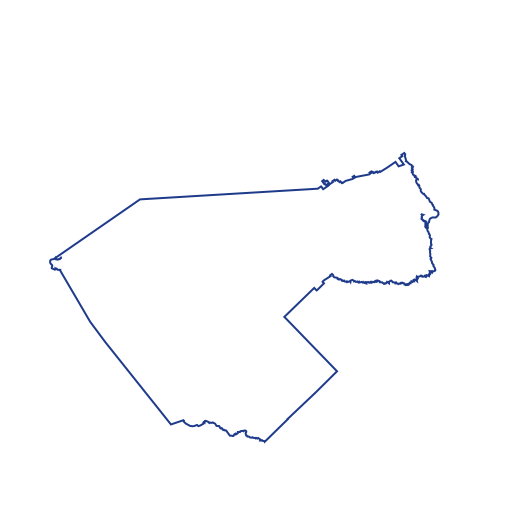 the district of Waratah-Wynyard, Tasmania, Australia, rotated 46°
{"feature_id": "25037944B19706345556765", "entity_name": "Waratah-Wynyard", "entity_type": "district", "adm_level": 2, "iso_a3": "AUS", "parent_name": "Australia", "parent_adm1": "Tasmania", "projection": "natural_earth1", "projection_center": [145.692, -41.307], "detail": "fine", "context": "isolated", "style": "outline", "palette": "blue", "viewbox_px": 512, "rotation_deg": 46, "n_neighbors": 0, "source": "geoboundaries", "source_scale": "gbopen_adm2", "svg_char_len": 6087}
<svg xmlns="http://www.w3.org/2000/svg" viewBox="0 0 512 512"><g transform="rotate(46 256 256)"><path d="M389.4,145.3L389.6,143.6L390.0,143.2L389.6,142.4L389.1,142.1L389.3,142.8L388.9,143.0L388.5,142.1L387.5,141.6L389.0,140.5L390.1,140.6L389.9,140.2L389.4,140.2L389.2,139.8L390.4,139.0L390.8,137.8L390.6,137.4L390.9,137.1L390.7,136.7L388.5,135.6L386.7,135.4L386.0,135.0L385.8,134.5L383.5,134.3L382.4,133.5L379.4,132.5L379.2,131.2L377.2,131.0L375.9,129.4L374.1,128.2L373.4,127.2L371.6,126.4L371.4,125.6L371.9,124.8L371.1,125.0L370.4,124.3L370.1,122.2L369.4,121.7L368.9,121.8L368.6,121.3L367.6,120.6L366.0,118.7L365.7,118.0L364.5,118.3L363.1,118.0L361.9,116.5L360.4,116.0L360.1,116.2L358.7,115.3L357.0,115.1L355.2,113.8L354.2,114.1L352.5,113.9L352.1,113.6L351.9,112.8L350.6,112.0L349.8,110.8L348.7,110.7L348.9,110.2L347.4,110.7L347.2,111.2L344.5,111.1L344.7,111.7L342.6,109.1L342.2,108.1L342.4,107.4L341.5,108.0L340.2,108.1L341.4,107.9L342.1,107.3L342.5,107.4L342.3,108.0L342.9,109.4L343.6,109.8L343.8,110.5L344.5,110.9L346.8,110.8L348.9,109.8L352.2,112.0L352.8,113.3L354.4,113.5L354.9,113.1L356.1,112.9L355.4,112.9L353.5,111.7L353.1,110.9L352.4,110.5L351.8,109.4L351.9,108.2L350.2,105.6L350.1,104.6L350.8,102.4L353.2,99.9L353.3,97.9L352.9,95.9L351.8,94.9L350.5,94.2L349.4,94.2L346.5,95.5L346.2,94.9L344.9,94.1L342.6,93.7L342.0,93.2L341.6,93.4L339.7,92.7L337.9,93.2L334.4,91.8L333.1,92.7L331.1,92.2L329.2,92.3L328.1,91.9L327.4,92.6L324.4,92.6L323.5,92.2L322.7,91.3L321.8,90.9L320.7,91.0L319.5,90.4L318.7,89.6L318.1,89.6L317.8,90.0L317.6,89.7L317.4,89.9L315.3,89.8L313.7,89.1L312.8,88.3L312.4,87.4L312.4,86.8L313.3,86.3L313.0,86.1L312.3,86.4L312.0,87.0L310.7,86.0L309.5,86.9L308.5,86.4L308.6,85.9L306.8,86.5L304.8,85.8L304.7,85.3L304.3,85.5L304.3,85.3L303.7,85.0L303.8,84.7L303.3,84.7L303.6,84.2L303.3,84.4L303.1,83.9L302.4,83.8L302.6,83.3L301.6,83.0L301.8,82.8L301.6,82.2L302.1,82.0L300.4,81.8L300.4,81.0L299.5,81.3L298.7,80.9L296.6,81.7L292.8,81.9L292.0,82.3L291.8,81.8L287.4,79.4L286.5,78.0L284.9,77.8L284.3,81.2L285.8,81.4L285.2,85.0L292.9,86.1L290.6,91.1L285.2,90.3L283.6,100.0L281.8,108.3L281.0,108.2L280.6,110.5L279.3,110.3L279.1,111.5L278.7,111.4L278.3,113.5L277.7,113.4L277.6,113.9L276.5,113.7L276.4,114.7L275.2,114.5L274.9,116.4L276.1,116.6L275.9,118.0L268.5,129.3L268.4,130.0L266.5,129.7L266.2,131.5L267.9,131.8L267.6,133.2L264.2,139.4L263.7,142.9L263.2,142.9L263.0,143.7L261.0,143.4L260.8,144.6L258.7,144.4L258.6,144.9L257.2,144.7L256.9,146.8L255.7,146.6L255.3,149.1L256.2,149.3L255.6,153.0L251.5,152.4L251.3,153.2L250.8,153.2L250.6,154.5L248.3,154.5L248.1,156.4L251.7,156.9L251.8,156.2L253.7,156.4L254.0,154.6L255.7,154.9L254.6,161.3L251.2,160.8L250.5,164.8L134.7,300.1L117.9,402.5L118.3,402.5L118.0,401.9L118.2,401.6L118.5,401.6L118.9,402.0L120.5,401.4L121.2,400.0L121.7,399.4L121.7,397.6L122.1,397.6L122.5,398.1L121.8,397.7L121.9,399.3L120.6,401.5L118.9,402.1L118.2,401.8L118.5,402.6L117.8,402.8L117.7,403.6L116.3,405.8L116.3,407.1L117.3,408.3L118.1,408.8L119.4,409.1L120.3,408.9L121.5,409.3L122.5,411.1L123.0,411.4L126.1,410.2L126.3,409.4L125.7,408.9L126.2,408.8L126.5,408.2L128.1,408.3L130.7,405.7L129.8,406.8L188.2,421.0L213.0,424.2L318.1,434.2L323.7,422.3L324.5,422.3L324.8,422.9L325.6,423.0L327.7,422.9L332.3,421.5L334.2,420.1L335.3,418.7L336.6,415.8L338.4,415.6L339.3,413.6L340.1,410.3L339.5,410.0L339.1,408.9L339.3,408.5L340.0,408.5L339.2,407.4L339.6,406.7L342.3,405.5L343.7,405.6L343.9,404.7L344.9,404.2L345.7,402.7L346.5,402.7L347.6,402.0L348.3,401.9L350.8,402.4L352.9,400.6L355.1,401.3L355.6,401.1L355.8,400.4L356.4,400.1L358.2,400.8L357.1,400.2L358.5,400.4L359.0,399.7L359.5,399.8L360.7,398.7L367.1,399.6L368.4,398.2L369.2,397.9L369.8,397.1L369.2,395.4L369.6,394.0L370.4,394.3L370.8,392.4L370.6,391.6L370.1,391.2L371.5,389.9L371.2,388.9L372.8,386.7L373.4,386.7L373.5,385.6L374.0,385.0L375.2,384.7L375.8,385.2L376.3,386.6L377.2,387.2L378.3,387.7L378.5,387.4L379.9,387.6L380.8,386.6L382.5,386.3L383.8,385.2L383.9,384.5L385.4,384.0L386.3,382.9L387.1,382.9L387.3,382.0L388.3,381.8L388.5,380.8L390.8,380.4L391.4,380.6L391.6,381.2L392.4,380.5L392.5,379.7L393.6,379.6L395.0,378.5L395.7,378.8L395.5,348.5L395.5,346.5L395.2,346.5L395.6,307.3L395.2,277.8L319.5,277.9L319.4,236.3L322.9,236.3L323.0,235.6L322.9,226.1L320.8,226.1L320.7,225.9L320.7,224.0L322.3,216.3L321.4,216.1L321.7,213.8L323.6,213.8L324.4,214.6L325.7,214.5L328.1,212.7L328.7,212.6L329.1,213.2L330.6,212.7L330.5,212.2L330.9,211.6L332.8,210.9L333.3,211.4L333.8,211.3L334.2,210.6L334.6,210.6L334.9,209.7L336.2,209.8L337.0,208.9L337.8,208.8L337.6,208.1L338.5,207.9L339.1,206.4L339.6,206.1L340.3,206.2L339.4,205.0L340.1,203.3L341.9,202.7L342.4,203.1L343.0,202.2L344.1,202.1L344.8,200.8L345.8,200.8L346.0,199.8L346.8,200.2L348.1,197.9L349.0,197.8L349.1,197.1L349.6,197.3L351.7,196.1L350.7,195.9L350.6,195.5L351.8,194.6L352.1,194.8L352.2,194.0L353.0,193.7L353.1,193.0L354.0,193.0L354.5,192.4L354.3,191.7L355.2,191.6L355.1,190.6L355.8,190.6L356.3,189.4L356.7,188.9L357.1,189.0L357.3,188.6L356.9,187.8L358.4,187.2L358.4,186.6L357.9,186.9L357.3,186.6L357.9,185.6L358.7,185.5L359.0,185.0L360.1,184.6L360.9,185.2L362.6,183.5L363.7,183.5L364.4,183.1L364.9,183.3L365.5,182.7L365.3,182.0L366.0,181.4L365.6,179.7L368.0,179.3L366.9,178.3L367.4,176.0L367.9,175.7L369.9,175.9L371.0,174.9L371.5,174.8L371.8,174.3L372.4,174.6L372.5,173.6L373.5,173.8L374.4,173.1L375.0,173.2L375.3,172.2L376.2,171.5L376.3,170.9L375.9,170.5L376.7,169.4L377.2,169.6L377.5,169.0L378.6,168.4L379.6,169.0L380.6,167.7L381.1,168.3L382.6,166.5L382.6,166.2L381.9,166.3L381.7,166.0L381.9,165.6L382.5,165.6L382.1,164.0L383.0,163.7L382.1,161.8L383.4,161.5L383.4,160.8L384.0,160.0L383.0,159.7L383.3,159.1L382.8,159.0L382.9,158.4L384.4,157.7L385.7,157.6L385.1,157.2L384.8,156.2L384.5,156.7L384.1,156.5L384.3,155.4L383.9,154.7L383.5,154.6L382.8,155.1L382.4,154.5L383.4,154.3L384.7,151.6L384.7,151.0L385.5,151.1L385.7,151.7L385.9,150.4L386.8,150.4L387.5,149.2L387.5,148.4L388.3,148.7L389.2,148.3L389.0,147.3L388.5,147.7L388.2,146.9L387.5,146.6L388.8,146.6L389.6,145.8L390.7,145.5L390.4,145.0L389.4,145.3Z" fill="none" stroke="#1e3a8a" stroke-width="2"/></g></svg>